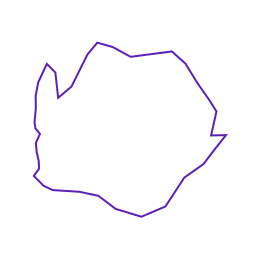 outline of Hódmezôvásárhely, rotated 12°
{"feature_id": "HUN-4917", "entity_name": "Hódmezôvásárhely", "entity_type": "Urban county", "adm_level": 1, "iso_a3": "HUN", "parent_name": "Hungary", "parent_adm1": "", "projection": "equal_earth", "projection_center": [20.359, 46.389], "detail": "fine", "context": "isolated", "style": "outline", "palette": "violet", "viewbox_px": 256, "rotation_deg": 12, "n_neighbors": 0, "source": "natural_earth", "source_scale": "10m", "svg_char_len": 575}
<svg xmlns="http://www.w3.org/2000/svg" viewBox="0 0 256 256"><g transform="rotate(12 128 128)"><path d="M211.1,93.5L210.8,118.0L225.3,114.6L217.3,130.7L209.4,147.5L193.4,164.8L180.9,197.0L159.5,212.0L132.8,209.7L113.1,200.5L93.5,200.5L67.3,204.4L57.5,202.1L45.9,194.5L49.5,186.2L47.4,178.5L43.6,170.4L41.0,161.7L43.1,152.1L37.6,147.7L35.3,141.6L33.8,128.1L31.0,115.8L30.7,101.9L35.3,82.2L45.4,88.8L53.4,113.0L64.1,99.2L73.0,64.7L80.2,50.9L96.2,52.0L115.8,57.8L155.0,44.0L171.0,53.2L186.2,69.3L202.2,84.2L211.1,93.5Z" fill="none" stroke="#5b21b6" stroke-width="2"/></g></svg>